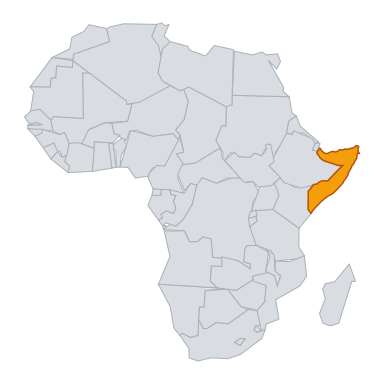 where Somalia sits in Africa
{"feature_id": "SOM", "entity_name": "Somalia", "entity_type": "country or territory", "adm_level": 0, "iso_a3": "SOM", "parent_name": "Africa", "parent_adm1": "", "projection": "albers", "projection_center": [45.827, 5.144], "detail": "fine", "context": "in_parent", "style": "filled", "palette": "amber", "viewbox_px": 384, "rotation_deg": 0, "n_neighbors": 49, "source": "natural_earth", "source_scale": "50m", "svg_char_len": 12265}
<svg xmlns="http://www.w3.org/2000/svg" viewBox="0 0 384 384"><path d="M272.9,209.5L299.1,228.3L298.8,246.8L304.4,255.7L300.4,258.5L275.3,261.1L271.3,250.9L256.3,245.4L250.9,236.4L249.7,226.5L256.9,221.1L255.5,210.0L272.9,209.5Z" fill="#d9dde1" stroke="#a8b0b8" stroke-width="1"/><path d="M72.9,60.6L72.3,67.6L56.7,66.0L55.8,78.0L51.3,78.0L50.2,87.2L30.2,86.9L52.1,57.5L72.9,60.6Z" fill="#d9dde1" stroke="#a8b0b8" stroke-width="1"/><path d="M249.7,226.5L256.3,245.4L246.2,246.1L243.9,261.7L250.2,263.7L250.5,268.9L237.8,260.7L212.6,257.3L211.1,238.9L203.0,236.9L197.4,241.8L189.6,241.8L184.3,230.9L163.6,229.5L171.0,223.5L175.8,226.1L183.2,219.3L192.1,204.3L197.5,181.6L202.3,177.6L216.6,183.2L232.8,177.6L241.3,178.0L246.3,182.8L252.7,181.4L259.7,193.5L253.0,201.4L249.7,226.5Z" fill="#d9dde1" stroke="#a8b0b8" stroke-width="1"/><path d="M299.1,228.3L272.9,209.5L278.8,195.4L273.9,183.6L280.4,177.5L294.2,187.2L312.6,185.8L308.3,191.4L311.1,213.6L299.1,228.3Z" fill="#d9dde1" stroke="#a8b0b8" stroke-width="1"/><path d="M227.9,162.6L224.3,160.3L222.6,158.8L223.3,153.2L215.8,140.6L221.7,125.6L225.8,126.0L226.4,104.7L231.9,104.9L232.2,95.3L289.2,96.7L292.0,113.0L296.4,116.0L288.8,121.0L285.7,137.6L275.7,151.9L274.1,161.6L268.5,143.8L261.4,155.7L254.8,153.2L249.7,157.5L238.8,156.8L230.7,152.6L224.7,160.6L227.9,162.6Z" fill="#d9dde1" stroke="#a8b0b8" stroke-width="1"/><path d="M226.3,106.7L225.8,126.0L221.7,125.6L215.8,140.6L220.1,147.9L195.5,163.1L182.2,164.8L176.2,153.9L183.7,152.1L180.3,135.4L175.4,130.0L184.2,119.4L188.2,101.3L183.7,89.3L188.7,86.9L226.3,106.7Z" fill="#d9dde1" stroke="#a8b0b8" stroke-width="1"/><path d="M179.6,335.0L182.2,333.1L190.5,337.5L198.0,335.4L198.6,319.6L203.4,328.7L207.1,328.4L216.2,322.4L228.3,323.8L248.1,309.5L257.1,310.4L260.7,319.8L260.1,326.2L256.0,325.6L254.0,329.9L257.1,332.3L265.1,330.1L261.7,338.5L240.6,354.4L227.8,358.7L211.1,357.8L197.9,361.0L189.2,358.0L188.8,348.2L179.6,335.0ZM245.0,339.0L240.3,338.4L234.6,342.5L240.3,345.4L245.0,339.0Z" fill="#d9dde1" stroke="#a8b0b8" stroke-width="1"/><path d="M245.0,339.0L240.3,345.4L234.6,342.5L240.3,338.4L245.0,339.0Z" fill="#d9dde1" stroke="#a8b0b8" stroke-width="1"/><path d="M257.1,310.4L240.9,306.6L227.3,289.1L236.4,290.3L253.1,279.5L266.1,285.4L264.8,301.8L257.1,310.4Z" fill="#d9dde1" stroke="#a8b0b8" stroke-width="1"/><path d="M248.1,309.5L228.3,323.8L216.2,322.4L207.1,328.4L203.4,328.7L198.6,319.6L199.2,306.8L204.2,306.8L205.0,290.7L227.3,289.1L240.9,306.6L248.1,309.5Z" fill="#d9dde1" stroke="#a8b0b8" stroke-width="1"/><path d="M199.2,306.8L198.0,335.4L190.5,337.5L182.2,333.1L179.6,335.0L174.0,328.5L170.2,306.6L158.4,284.2L226.4,288.4L205.0,290.7L204.2,306.8L199.2,306.8Z" fill="#d9dde1" stroke="#a8b0b8" stroke-width="1"/><path d="M28.4,122.9L24.5,116.9L32.6,109.2L40.1,109.3L50.9,120.0L53.1,131.0L28.0,128.9L27.6,125.1L42.3,124.7L28.4,122.9Z" fill="#d9dde1" stroke="#a8b0b8" stroke-width="1"/><path d="M53.1,131.0L50.9,120.0L53.6,116.5L83.3,118.4L82.6,72.8L89.9,73.3L126.7,101.2L126.5,104.2L131.9,104.1L127.7,121.3L104.8,122.7L90.0,128.9L81.9,143.7L69.1,143.5L64.6,132.6L59.4,134.5L53.1,131.0Z" fill="#d9dde1" stroke="#a8b0b8" stroke-width="1"/><path d="M30.2,86.9L50.2,87.2L51.3,78.0L55.8,78.0L56.7,66.0L72.3,67.6L72.9,60.6L89.9,73.3L82.6,72.8L83.3,118.4L53.6,116.5L50.9,120.0L40.1,109.3L30.8,110.6L33.6,91.6L30.2,86.9Z" fill="#d9dde1" stroke="#a8b0b8" stroke-width="1"/><path d="M120.1,167.0L116.0,167.3L116.0,152.4L112.1,145.5L122.8,137.5L126.9,145.2L121.0,155.9L120.1,167.0Z" fill="#d9dde1" stroke="#a8b0b8" stroke-width="1"/><path d="M183.7,89.3L188.2,101.3L184.2,119.4L175.4,130.0L180.3,135.4L178.1,139.4L173.0,133.7L153.0,136.4L136.0,130.2L129.4,131.5L126.3,140.5L114.2,133.8L111.7,123.4L127.7,121.3L131.9,104.1L170.2,85.7L180.3,90.9L183.7,89.3Z" fill="#d9dde1" stroke="#a8b0b8" stroke-width="1"/><path d="M120.1,167.0L130.7,130.5L153.0,136.4L173.0,133.7L179.9,141.5L164.7,166.1L152.3,168.1L148.2,176.2L135.2,178.0L128.1,167.5L120.1,167.0Z" fill="#d9dde1" stroke="#a8b0b8" stroke-width="1"/><path d="M179.7,137.7L183.7,152.1L176.2,153.9L183.0,163.5L177.6,178.0L184.1,193.3L153.1,188.9L148.0,177.6L149.6,172.8L156.8,165.4L164.7,166.1L179.7,137.7Z" fill="#d9dde1" stroke="#a8b0b8" stroke-width="1"/><path d="M112.9,142.9L116.0,167.3L111.9,168.1L108.2,144.0L112.9,142.9Z" fill="#d9dde1" stroke="#a8b0b8" stroke-width="1"/><path d="M108.6,142.5L111.9,168.1L92.3,171.4L94.2,141.7L108.6,142.5Z" fill="#d9dde1" stroke="#a8b0b8" stroke-width="1"/><path d="M69.1,143.5L78.1,142.6L94.2,148.3L92.3,171.4L68.2,172.6L69.5,166.0L64.7,161.8L69.1,143.5Z" fill="#d9dde1" stroke="#a8b0b8" stroke-width="1"/><path d="M42.5,129.3L59.4,134.5L64.6,132.6L69.1,143.5L66.8,155.8L62.1,157.3L60.0,151.0L56.2,151.6L54.0,143.0L43.1,147.7L34.9,136.2L42.5,129.3Z" fill="#d9dde1" stroke="#a8b0b8" stroke-width="1"/><path d="M28.0,128.9L42.5,129.3L42.0,133.1L34.9,136.2L28.0,128.9Z" fill="#d9dde1" stroke="#a8b0b8" stroke-width="1"/><path d="M66.0,155.8L64.7,161.8L69.5,166.0L68.2,172.6L50.9,159.0L57.6,151.5L62.1,157.3L66.0,155.8Z" fill="#d9dde1" stroke="#a8b0b8" stroke-width="1"/><path d="M43.1,147.7L54.0,143.0L57.6,151.5L50.9,159.0L43.1,147.7Z" fill="#d9dde1" stroke="#a8b0b8" stroke-width="1"/><path d="M81.9,143.7L88.5,130.0L104.8,122.7L111.7,123.4L114.2,133.8L119.7,135.3L112.9,142.9L94.2,141.7L94.2,148.3L81.9,143.7Z" fill="#d9dde1" stroke="#a8b0b8" stroke-width="1"/><path d="M241.3,178.0L226.6,178.1L216.6,183.2L202.3,177.6L196.9,185.0L190.5,183.6L184.6,190.6L177.7,174.4L182.2,164.8L195.5,163.1L220.1,147.9L222.6,158.8L241.3,178.0Z" fill="#d9dde1" stroke="#a8b0b8" stroke-width="1"/><path d="M196.9,185.0L192.1,204.3L183.2,219.3L175.8,226.1L166.1,222.9L162.4,225.7L158.6,220.3L162.5,217.8L160.8,214.4L166.5,210.7L173.4,213.6L175.9,208.1L173.3,201.2L175.8,195.5L170.9,194.7L170.1,189.9L184.1,193.3L190.5,183.6L196.9,185.0Z" fill="#d9dde1" stroke="#a8b0b8" stroke-width="1"/><path d="M161.2,189.5L169.5,189.6L170.9,194.7L175.8,195.5L173.3,201.2L175.9,208.1L173.4,213.6L166.5,210.7L160.8,214.4L162.5,217.8L158.6,220.3L147.9,205.5L152.0,195.2L160.9,195.5L161.2,189.5Z" fill="#d9dde1" stroke="#a8b0b8" stroke-width="1"/><path d="M153.1,188.9L161.2,189.5L160.9,195.5L152.0,195.2L153.1,188.9Z" fill="#d9dde1" stroke="#a8b0b8" stroke-width="1"/><path d="M256.3,245.4L268.7,252.1L265.6,271.4L268.2,272.6L252.7,276.2L253.1,279.5L236.4,290.3L216.9,287.8L210.4,280.9L211.2,265.9L221.7,266.4L221.5,256.9L237.8,260.7L250.5,268.9L250.2,263.7L243.9,261.7L244.7,249.1L247.5,245.5L256.3,245.4Z" fill="#d9dde1" stroke="#a8b0b8" stroke-width="1"/><path d="M266.4,249.9L274.0,254.6L275.1,270.9L280.7,275.9L277.2,286.0L274.5,275.8L265.6,271.4L269.9,256.3L266.4,249.9Z" fill="#d9dde1" stroke="#a8b0b8" stroke-width="1"/><path d="M275.3,261.1L290.0,261.6L304.4,255.7L306.6,276.5L299.8,286.0L275.7,299.7L278.9,319.1L266.2,324.2L265.1,330.1L261.2,330.0L257.1,310.4L264.8,301.8L266.1,285.4L253.4,281.3L252.7,276.2L268.2,272.6L274.5,275.8L277.2,286.0L280.7,275.9L275.1,270.9L275.3,261.1Z" fill="#d9dde1" stroke="#a8b0b8" stroke-width="1"/><path d="M261.2,330.0L257.1,332.3L254.0,329.9L256.0,325.6L261.2,330.0Z" fill="#d9dde1" stroke="#a8b0b8" stroke-width="1"/><path d="M162.4,225.7L166.0,225.7L163.6,229.5L162.4,225.7ZM164.2,231.0L184.3,230.9L189.6,241.8L197.4,241.8L203.0,236.9L211.1,238.9L212.6,257.3L222.0,258.4L221.7,266.4L211.2,265.9L210.4,280.9L216.9,287.8L158.4,284.2L170.0,256.5L164.2,231.0Z" fill="#d9dde1" stroke="#a8b0b8" stroke-width="1"/><path d="M255.6,216.4L256.9,221.1L249.7,226.5L248.4,218.3L255.6,216.4Z" fill="#d9dde1" stroke="#a8b0b8" stroke-width="1"/><path d="M349.3,264.1L355.4,281.3L351.8,281.4L338.8,323.1L330.1,325.9L323.0,323.3L319.5,313.5L325.3,298.6L322.7,289.3L325.2,283.8L334.7,281.7L349.3,264.1Z" fill="#d9dde1" stroke="#a8b0b8" stroke-width="1"/><path d="M27.6,125.1L36.4,122.3L42.3,124.7L27.6,125.1Z" fill="#d9dde1" stroke="#a8b0b8" stroke-width="1"/><path d="M160.0,53.6L151.7,36.3L156.6,24.4L161.8,23.0L164.8,25.8L168.9,24.5L164.1,36.0L170.2,41.6L160.0,53.6Z" fill="#d9dde1" stroke="#a8b0b8" stroke-width="1"/><path d="M72.9,60.6L73.5,54.1L109.6,41.5L106.4,28.6L111.1,26.6L123.9,23.8L156.6,24.4L151.7,36.3L158.4,45.5L161.3,57.6L158.1,72.7L162.4,81.0L170.2,85.7L138.8,102.4L126.5,104.2L126.7,101.2L72.9,60.6Z" fill="#d9dde1" stroke="#a8b0b8" stroke-width="1"/><path d="M286.6,133.4L288.8,121.0L296.4,116.0L300.4,126.2L318.9,142.2L315.3,142.9L304.1,133.1L286.6,133.4Z" fill="#d9dde1" stroke="#a8b0b8" stroke-width="1"/><path d="M52.1,57.5L69.7,48.8L72.0,37.2L83.8,31.4L89.0,24.7L106.4,28.6L109.6,41.5L73.5,54.1L73.1,59.4L52.1,57.5Z" fill="#d9dde1" stroke="#a8b0b8" stroke-width="1"/><path d="M289.2,96.7L232.2,95.3L234.5,51.2L252.1,54.9L262.0,52.1L266.6,54.9L277.5,53.9L280.5,61.6L276.7,69.2L268.2,60.2L283.7,87.4L282.9,91.3L289.2,96.7Z" fill="#d9dde1" stroke="#a8b0b8" stroke-width="1"/><path d="M233.4,49.7L231.9,104.9L226.3,106.7L188.7,86.9L180.3,90.9L162.4,81.0L158.1,72.7L162.5,48.9L170.2,41.6L187.7,46.3L189.7,50.3L205.5,56.0L214.3,45.5L233.4,49.7Z" fill="#d9dde1" stroke="#a8b0b8" stroke-width="1"/><path d="M341.9,165.5L328.0,180.4L301.3,188.2L284.5,182.8L269.0,165.9L286.6,133.4L292.2,134.5L293.8,130.8L311.7,138.4L315.3,142.9L312.4,150.3L317.3,150.9L321.7,159.6L341.9,165.5Z" fill="#d9dde1" stroke="#a8b0b8" stroke-width="1"/><path d="M315.3,142.9L320.0,143.7L317.3,150.9L312.4,150.3L315.3,142.9Z" fill="#d9dde1" stroke="#a8b0b8" stroke-width="1"/><path d="M272.9,209.5L251.3,210.9L260.2,185.7L273.9,183.6L276.2,187.1L278.8,195.4L272.9,209.5Z" fill="#d9dde1" stroke="#a8b0b8" stroke-width="1"/><path d="M255.5,210.0L257.1,215.8L248.4,218.3L249.8,212.3L255.5,210.0Z" fill="#d9dde1" stroke="#a8b0b8" stroke-width="1"/><path d="M258.1,187.0L252.7,181.4L244.1,182.2L224.7,160.6L234.3,152.0L238.8,156.8L249.7,157.5L254.8,153.2L261.4,155.7L266.7,149.5L265.2,145.1L270.7,144.2L274.1,161.6L269.0,165.9L280.4,177.5L270.8,185.9L258.1,187.0Z" fill="#d9dde1" stroke="#a8b0b8" stroke-width="1"/><path d="M310.9,213.2L310.3,212.4L309.5,211.3L308.8,210.4L308.1,209.5L308.1,208.8L308.1,206.8L308.1,202.6L308.2,198.4L308.2,194.2L308.2,192.1L308.2,191.2L308.3,191.1L309.0,190.3L310.1,189.3L311.4,187.4L312.2,186.4L312.8,185.5L312.9,185.2L313.5,184.7L314.5,184.4L315.1,184.3L317.3,183.9L317.6,183.8L317.8,183.6L318.0,183.2L318.4,182.6L318.9,182.2L320.0,181.7L321.0,181.2L322.4,180.9L322.7,180.8L323.2,180.7L323.4,180.7L325.1,180.8L326.4,180.9L327.7,180.9L327.9,180.9L328.8,179.8L330.3,178.2L331.3,177.1L332.8,175.5L333.9,174.3L335.2,173.0L336.4,171.8L337.9,170.3L338.8,169.4L340.2,168.0L341.6,166.7L342.8,165.5L341.1,165.5L339.5,165.5L337.9,165.5L337.6,165.4L336.3,164.9L334.6,164.3L332.4,163.6L330.9,163.1L329.3,162.6L327.7,162.0L326.4,161.6L324.8,161.0L323.4,160.6L323.2,160.5L322.5,159.8L321.4,158.8L321.2,158.8L320.8,158.6L320.3,158.1L319.9,157.5L319.5,156.7L319.3,156.1L318.8,155.9L318.5,155.5L318.0,154.8L317.6,154.5L317.5,154.2L317.4,153.7L317.1,153.1L316.8,152.7L316.8,152.4L317.3,151.6L317.5,151.3L317.8,151.0L318.0,150.8L318.1,150.6L318.7,149.6L319.2,148.8L319.7,148.1L320.6,148.9L321.5,150.4L322.6,151.7L324.1,152.8L324.7,153.2L325.2,153.4L327.9,153.4L329.9,152.3L331.6,151.6L332.2,151.4L333.2,151.6L334.3,151.7L335.3,151.9L335.9,151.9L337.9,151.0L339.1,150.1L340.0,149.7L340.3,149.7L341.5,150.0L343.0,149.9L345.0,149.1L345.7,149.0L346.2,149.0L347.3,149.3L348.1,149.2L349.6,148.8L350.9,148.3L353.2,147.9L354.9,146.9L355.2,146.4L355.7,145.8L356.5,145.6L358.4,146.3L358.7,146.4L358.6,146.8L358.6,147.2L358.2,148.0L357.9,148.8L358.1,150.1L358.2,152.2L358.2,152.5L358.1,152.8L358.0,153.0L357.8,153.1L357.7,153.2L357.9,153.3L358.5,153.1L358.5,152.8L358.5,152.7L359.0,153.0L359.4,153.1L359.5,153.3L359.4,153.5L358.9,153.4L358.6,153.3L357.7,153.5L357.2,153.8L357.1,154.2L357.0,155.8L356.8,156.9L356.7,158.3L356.1,159.2L355.8,159.9L354.8,161.2L354.3,162.3L354.1,162.9L353.2,164.4L352.0,165.6L351.6,167.1L351.1,168.1L350.6,168.9L349.6,170.5L349.0,171.5L348.3,173.4L348.1,174.6L346.2,177.9L344.1,180.7L342.9,182.9L340.6,185.6L337.5,189.0L333.4,193.0L332.2,193.8L327.8,196.3L324.8,198.4L323.3,199.8L321.8,201.0L320.5,202.2L316.8,206.2L316.4,206.5L316.0,206.9L315.5,207.5L315.2,207.8L314.3,208.9L313.7,209.5L313.1,210.1L312.8,210.5L312.6,211.0L312.4,211.2L311.8,212.3L311.3,213.1L310.8,213.7L310.9,213.2Z" fill="#f59e0b" stroke="#b45309" stroke-width="1.5"/></svg>